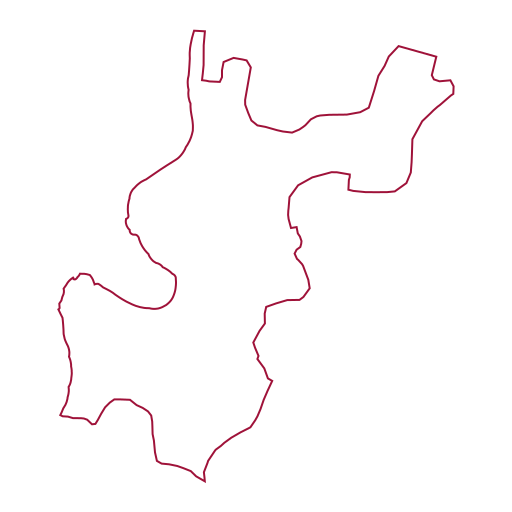 outline of Kafr Shukr, Al Qalyubiyah, Egypt
{"feature_id": "37247803B61393331220836", "entity_name": "Kafr Shukr", "entity_type": "district", "adm_level": 2, "iso_a3": "EGY", "parent_name": "Egypt", "parent_adm1": "Al Qalyubiyah", "projection": "mercator", "projection_center": [31.254, 30.554], "detail": "fine", "context": "isolated", "style": "outline", "palette": "rose", "viewbox_px": 512, "rotation_deg": 0, "n_neighbors": 0, "source": "geoboundaries", "source_scale": "gbopen_adm2", "svg_char_len": 5935}
<svg xmlns="http://www.w3.org/2000/svg" viewBox="0 0 512 512"><path d="M204.8,481.3L204.5,477.7L203.9,472.2L207.5,462.9L208.1,460.9L214.8,450.9L215.7,449.7L220.9,445.9L224.3,442.8L231.3,437.7L240.6,432.3L248.9,428.1L250.4,427.3L255.2,420.3L257.4,416.4L260.5,409.1L263.7,399.8L266.6,393.1L267.4,391.2L272.2,380.9L267.9,378.4L264.3,368.4L257.4,359.0L258.5,355.9L255.0,347.6L253.3,342.5L259.6,330.8L264.9,323.5L264.7,313.6L266.2,306.9L276.1,303.4L287.2,300.1L299.5,299.9L303.4,297.0L309.7,288.3L308.3,279.8L303.1,265.9L302.1,264.2L298.2,259.9L297.0,258.9L294.6,253.6L296.6,249.7L300.3,247.0L301.2,243.8L301.5,241.1L299.9,236.5L297.8,233.4L296.6,227.1L291.0,228.0L288.6,219.0L288.1,214.9L288.3,210.7L288.6,208.1L289.5,197.1L298.1,185.3L312.3,177.4L331.5,172.2L337.0,172.3L349.8,174.5L349.7,177.3L348.9,179.8L348.4,189.7L353.2,190.9L365.2,192.1L376.1,192.2L387.4,192.1L394.8,191.4L406.4,183.1L410.8,172.5L411.6,162.2L411.9,154.9L412.4,139.2L422.2,121.2L430.5,113.3L433.4,110.4L437.6,106.7L439.8,105.1L450.9,95.5L453.3,93.9L453.6,86.3L450.4,80.3L439.5,81.3L433.9,79.4L431.8,75.2L436.3,56.7L398.6,46.1L388.8,56.5L384.6,65.9L378.4,75.8L374.1,91.0L368.8,107.7L360.2,112.2L346.8,114.6L329.3,114.8L320.2,115.5L316.7,116.3L310.9,119.3L309.3,121.0L305.4,125.2L303.2,126.9L299.4,129.5L292.1,132.6L282.9,131.5L277.1,130.2L265.5,126.9L257.4,125.4L251.4,120.5L248.2,112.9L245.2,104.7L245.1,100.0L250.8,67.4L246.6,60.4L242.6,59.5L233.6,57.9L223.6,62.0L222.0,70.2L222.0,77.2L219.8,81.9L209.3,81.4L206.1,80.7L202.0,80.2L202.8,73.4L203.6,65.0L203.7,45.3L204.9,31.3L194.1,30.7L193.2,33.7L192.8,35.2L192.0,38.0L190.7,44.2L190.3,46.6L190.1,47.9L189.9,50.4L189.7,52.8L189.7,55.3L189.8,58.5L189.5,64.1L189.1,70.2L188.7,75.1L188.4,76.6L188.0,78.3L187.8,80.1L187.7,81.8L187.7,82.7L187.8,84.5L187.9,86.2L188.2,88.0L188.6,89.8L188.4,91.8L188.3,93.4L188.4,95.0L188.5,96.6L188.8,98.2L189.2,99.8L189.6,101.4L190.5,103.5L190.5,106.8L190.7,109.4L190.8,110.7L191.1,112.7L191.4,114.5L192.3,119.6L192.6,121.9L192.8,124.1L192.9,125.3L192.9,127.6L192.8,130.8L192.5,132.0L192.0,134.1L191.7,135.1L191.1,137.1L190.3,139.1L189.5,141.0L189.0,141.9L187.5,144.7L185.8,147.2L184.9,149.4L183.6,151.6L182.7,153.0L181.4,154.7L180.0,156.3L178.8,157.5L177.5,158.6L175.6,159.9L166.7,165.5L160.7,169.4L154.7,173.5L146.1,179.4L144.3,180.2L142.8,181.0L141.3,181.8L139.9,182.8L138.5,183.9L137.2,185.0L136.0,186.2L134.9,187.4L133.7,188.6L132.8,189.5L132.1,190.6L131.4,191.7L131.1,192.3L130.6,193.4L130.2,194.7L129.8,195.9L129.7,196.5L129.5,197.8L129.5,198.6L129.1,199.8L128.7,201.3L128.3,203.5L128.1,204.4L127.9,206.3L127.9,207.3L127.8,209.2L127.9,211.1L127.9,212.1L128.2,214.0L128.5,215.9L128.4,216.4L128.4,216.7L128.3,217.0L128.0,217.5L127.5,218.1L126.8,218.6L126.1,218.9L126.0,219.6L125.8,220.7L125.8,221.8L125.9,222.9L126.0,223.4L126.3,224.5L126.6,225.5L127.1,226.5L127.9,227.9L128.6,228.8L129.7,229.9L129.7,230.7L129.8,231.4L130.0,232.0L130.3,232.6L130.7,233.2L131.2,233.7L132.1,234.2L132.7,234.5L133.4,234.6L134.1,234.7L135.0,234.6L135.9,234.8L136.6,235.1L137.2,235.5L137.9,236.3L138.3,236.8L138.7,237.5L138.9,238.2L139.0,238.8L139.4,240.0L140.1,241.8L140.4,242.7L141.3,244.5L142.2,246.2L143.2,247.8L144.9,250.2L146.8,252.4L148.5,254.1L149.0,255.5L149.6,256.7L150.7,258.3L151.5,259.3L152.8,260.7L153.8,261.5L154.9,262.2L156.2,263.0L156.9,263.1L157.9,263.4L158.8,263.8L159.7,264.3L160.5,264.8L161.3,265.5L162.0,266.2L162.7,267.2L163.9,267.7L165.4,268.5L166.9,269.4L168.3,270.3L170.4,271.9L171.6,273.1L172.5,273.9L173.4,274.3L174.2,274.9L174.7,275.4L175.1,276.0L175.3,276.3L175.6,276.9L175.7,277.3L175.8,278.0L175.8,278.8L175.9,280.2L176.0,282.1L176.0,283.1L175.9,285.1L175.7,287.0L175.6,288.0L175.3,289.9L175.1,290.8L174.6,292.7L174.0,294.5L173.1,296.8L172.7,297.6L172.1,298.7L170.9,300.5L170.1,301.4L169.5,302.1L167.9,303.6L166.2,305.0L164.9,305.7L162.3,307.1L160.3,307.9L158.2,308.5L156.8,308.7L154.7,308.9L152.5,308.8L151.1,308.6L149.3,308.2L146.4,308.1L144.2,307.9L142.1,307.5L140.0,307.1L138.0,306.5L135.9,305.9L133.9,305.1L132.2,304.4L129.3,303.0L126.4,301.6L122.2,299.2L119.5,297.5L115.5,294.8L112.9,292.8L109.9,290.9L106.5,289.1L103.1,287.4L102.4,286.8L101.1,285.7L99.7,284.7L98.4,283.9L97.3,283.8L96.3,283.9L95.4,284.1L94.6,284.4L94.5,283.7L94.3,283.2L94.0,282.8L93.5,281.3L93.0,279.9L92.7,279.3L92.0,278.0L91.2,276.8L90.3,275.6L89.8,275.0L88.6,274.7L86.8,274.2L84.2,273.8L81.9,273.8L80.0,273.7L79.5,274.7L78.9,275.6L78.2,276.5L77.3,277.3L77.1,277.8L76.7,278.3L75.9,279.0L75.4,279.3L75.1,279.4L74.2,279.4L73.6,279.1L73.6,278.9L73.5,278.4L73.4,278.0L73.1,277.6L72.1,278.3L70.9,279.2L69.8,280.2L68.8,281.2L67.6,282.7L66.0,285.3L64.7,287.1L63.6,288.7L63.9,290.1L63.9,291.1L63.9,292.2L63.7,293.2L63.6,293.7L63.5,294.2L63.1,295.1L62.6,296.3L62.4,296.7L61.9,298.5L61.4,300.5L59.3,303.6L59.6,308.0L59.4,308.4L59.1,308.9L58.7,309.2L58.4,309.4L60.5,313.8L62.5,317.8L62.8,320.4L63.2,325.2L63.5,329.9L63.6,333.3L63.7,334.4L64.1,336.2L64.5,338.0L64.7,338.9L65.3,340.6L65.7,341.5L66.4,343.1L67.3,344.9L67.9,346.1L68.4,347.4L68.6,348.1L69.0,349.5L69.1,350.2L69.3,351.5L69.4,352.9L69.3,354.3L69.3,355.0L69.0,356.7L69.6,358.1L70.1,359.5L70.5,361.0L70.8,362.5L70.9,363.2L71.1,364.7L71.1,366.3L71.5,368.6L71.7,370.4L71.7,371.7L71.8,373.0L71.7,374.8L71.5,376.5L71.3,378.0L71.2,379.3L71.1,380.0L70.8,381.4L70.7,382.0L70.3,383.4L69.8,384.7L69.2,385.9L68.6,386.9L68.7,388.1L68.8,389.6L68.8,391.2L68.6,392.8L68.5,393.6L68.2,395.1L67.6,397.3L67.4,399.0L67.0,400.5L66.6,402.0L66.0,403.5L65.7,404.2L65.4,404.9L64.6,406.2L63.8,407.5L63.3,408.3L62.6,410.0L61.7,412.2L60.3,415.1L62.7,416.3L67.9,416.6L72.9,418.1L81.0,418.2L83.9,418.5L87.2,419.7L92.0,424.3L95.4,423.9L97.8,420.0L101.2,413.7L105.1,407.3L109.8,402.6L114.3,399.4L120.2,399.4L130.0,399.8L136.6,405.1L142.7,407.9L148.0,411.4L151.2,415.5L152.2,421.5L152.4,426.7L152.6,434.1L153.9,440.5L155.0,452.4L156.9,460.9L161.6,463.6L169.1,464.3L177.3,466.0L183.5,468.2L190.8,471.1L196.1,476.3L204.8,481.3Z" fill="none" stroke="#9f1239" stroke-width="2"/></svg>